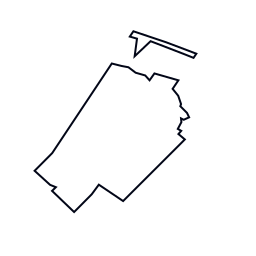 Willacy, Texas, United States of America (Equal Earth projection), rotated 304°
{"feature_id": "52423323B56216373700802", "entity_name": "Willacy", "entity_type": "district", "adm_level": 2, "iso_a3": "USA", "parent_name": "United States of America", "parent_adm1": "Texas", "projection": "equal_earth", "projection_center": [-97.535, 26.456], "detail": "fine", "context": "isolated", "style": "outline", "palette": "ink", "viewbox_px": 256, "rotation_deg": 304, "n_neighbors": 0, "source": "geoboundaries", "source_scale": "gbopen_adm2", "svg_char_len": 659}
<svg xmlns="http://www.w3.org/2000/svg" viewBox="0 0 256 256"><g transform="rotate(304 128 128)"><path d="M40.3,74.5L37.3,95.2L38.6,101.3L33.4,100.2L28.2,130.3L32.3,131.1L52.8,135.0L64.7,135.5L64.7,164.8L137.9,179.1L150.3,181.5L151.2,173.2L155.4,173.7L155.1,169.8L162.7,169.0L165.6,166.6L166.0,169.6L171.0,172.7L173.5,168.5L175.3,159.2L177.5,158.6L182.8,151.6L185.4,143.1L195.7,143.1L188.0,119.4L179.6,119.2L181.2,112.9L178.1,103.4L178.6,94.4L175.8,87.9L172.4,78.5L64.8,79.2L40.3,74.5ZM204.8,78.4L207.1,85.5L191.2,93.4L212.6,98.2L220.8,133.9L222.8,143.1L227.8,143.1L220.4,111.7L211.2,78.4L204.8,78.4Z" fill="none" stroke="#020617" stroke-width="2"/></g></svg>